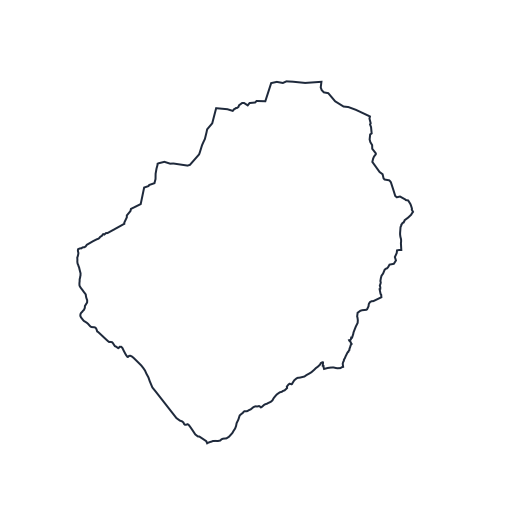 Baia De Aries, Alba, Romania, rotated 232°
{"feature_id": "2599482B67435785044540", "entity_name": "Baia De Aries", "entity_type": "district", "adm_level": 2, "iso_a3": "ROU", "parent_name": "Romania", "parent_adm1": "Alba", "projection": "robinson", "projection_center": [23.287, 46.379], "detail": "fine", "context": "isolated", "style": "outline", "palette": "slate", "viewbox_px": 512, "rotation_deg": 232, "n_neighbors": 0, "source": "geoboundaries", "source_scale": "gbopen_adm2", "svg_char_len": 5688}
<svg xmlns="http://www.w3.org/2000/svg" viewBox="0 0 512 512"><g transform="rotate(232 256 256)"><path d="M353.0,414.8L362.1,401.3L370.7,392.3L374.9,387.5L375.8,383.7L380.4,379.6L382.9,374.4L372.2,358.6L377.8,351.9L377.5,349.8L380.5,345.1L379.8,342.2L383.9,340.8L385.1,339.3L385.2,335.4L384.3,334.0L384.3,332.4L385.0,331.1L384.8,330.5L385.2,329.5L384.7,327.0L389.3,323.8L397.0,315.6L395.4,313.5L387.5,303.2L385.9,295.5L383.8,293.0L379.7,287.8L378.2,284.8L376.6,281.8L376.4,281.5L372.1,275.3L371.1,273.7L368.5,260.0L369.4,257.7L379.7,247.9L381.6,245.2L386.6,241.8L389.0,236.4L389.3,235.3L388.2,234.2L386.2,231.5L382.7,227.6L378.5,224.2L375.9,220.8L377.7,215.6L377.3,214.3L378.8,210.0L367.9,197.1L370.1,186.5L368.7,184.7L367.5,179.2L366.0,178.0L363.4,172.8L362.4,172.0L362.6,171.3L362.7,170.6L363.2,167.3L365.5,153.1L366.4,151.9L366.3,149.7L366.8,149.5L367.3,149.1L367.2,148.2L366.8,147.3L366.9,146.0L367.0,145.0L366.7,143.9L366.6,142.6L367.2,140.8L368.0,136.7L368.8,130.9L369.0,129.6L368.4,127.6L368.5,126.8L368.6,126.1L368.9,125.7L369.4,124.9L369.6,124.0L369.5,123.2L370.3,122.1L370.6,121.1L370.9,120.1L370.8,119.9L370.2,119.2L369.1,118.5L367.7,117.9L367.3,117.5L366.5,116.6L365.4,115.2L364.8,114.2L363.8,113.5L362.8,112.8L361.8,111.9L360.4,111.0L359.5,110.6L358.5,110.4L356.9,109.8L356.0,109.6L355.4,109.3L354.1,108.7L352.5,108.0L351.6,107.6L350.4,107.1L348.6,105.6L348.1,104.9L347.2,104.0L346.7,103.3L346.2,102.7L344.5,101.3L343.4,100.2L342.1,99.2L341.8,99.0L341.3,98.7L340.5,98.5L339.7,98.4L338.6,98.3L337.1,98.3L335.8,98.3L333.9,98.2L332.9,98.2L332.0,98.2L331.1,98.2L330.4,98.1L329.8,97.7L329.2,97.4L328.5,97.0L327.4,96.5L325.9,96.0L325.2,95.8L324.8,95.5L324.3,95.1L323.7,94.6L323.3,94.2L323.1,93.7L322.9,92.9L322.5,92.1L322.3,91.4L322.1,90.7L321.7,90.2L321.1,89.7L320.5,89.1L320.0,88.3L319.9,88.0L319.7,87.6L319.5,87.3L319.4,86.7L319.4,86.3L319.3,85.6L319.1,85.1L319.0,84.7L319.0,84.1L318.9,83.5L318.8,83.0L318.5,82.3L318.3,82.0L318.0,81.6L317.6,81.3L317.0,80.7L316.2,80.5L315.4,80.3L314.5,80.3L313.0,80.3L311.7,80.3L310.7,80.4L309.7,80.8L308.9,81.1L307.4,81.6L305.9,81.9L304.0,82.0L302.6,82.1L301.7,82.4L300.9,83.0L300.3,83.7L299.4,84.7L298.7,85.2L297.9,85.4L296.9,85.3L295.9,85.0L294.3,84.4L293.3,84.8L291.5,85.1L285.7,86.0L280.2,86.9L278.7,87.3L277.8,88.5L276.7,89.5L275.5,89.6L273.3,89.4L271.8,89.3L270.8,89.9L268.2,90.7L268.1,91.6L268.4,92.6L267.4,93.9L265.8,94.1L262.6,93.4L259.2,92.8L257.6,92.6L255.6,92.6L255.3,92.9L255.4,94.6L254.8,95.5L253.3,96.3L251.2,96.8L247.5,97.3L243.6,97.8L240.4,98.2L236.9,98.2L234.0,98.0L230.8,97.2L226.6,96.5L222.8,95.2L216.2,93.4L210.4,93.5L177.3,93.5L173.1,94.7L171.3,95.9L169.5,96.3L168.0,95.9L166.8,96.1L166.1,97.0L165.5,98.6L164.0,99.0L160.9,98.9L157.8,98.7L155.3,98.5L152.8,98.3L149.6,99.1L148.6,100.2L144.7,101.5L140.7,102.8L138.5,102.2L138.4,103.1L137.9,104.7L137.6,105.6L137.1,106.7L136.8,108.0L135.6,109.7L133.6,112.2L132.6,114.2L132.8,116.0L132.3,117.6L130.5,120.4L130.2,123.4L130.8,126.9L131.1,128.5L132.0,130.6L132.9,133.3L134.3,135.6L136.2,137.8L136.9,139.2L137.6,140.7L138.1,141.6L139.4,143.5L140.4,145.0L140.5,146.5L140.5,149.2L140.8,150.2L140.8,151.3L139.8,152.5L139.1,153.7L138.9,155.5L138.4,157.4L138.5,160.8L138.2,162.1L137.7,163.3L136.9,164.0L136.3,165.0L135.9,166.0L135.1,166.4L133.7,166.6L133.6,166.9L133.5,167.8L133.6,169.3L133.7,170.6L133.5,172.0L132.8,173.8L132.7,174.9L132.4,176.1L132.0,177.9L132.1,180.1L132.7,181.4L133.2,182.7L133.9,185.9L134.1,187.3L134.0,189.6L133.9,190.9L133.1,192.7L133.1,194.0L132.5,195.8L132.6,196.9L132.8,199.2L133.3,199.5L134.1,199.9L134.7,202.4L134.7,203.8L133.0,205.1L133.0,205.8L133.4,206.5L133.8,207.6L134.5,209.6L134.6,212.3L134.4,213.7L133.1,215.8L131.2,220.0L131.1,222.5L130.6,225.5L130.3,228.1L130.5,231.8L130.8,234.1L130.7,236.6L131.0,239.6L131.7,241.1L131.4,242.9L130.9,243.3L130.2,242.7L128.4,241.0L127.7,241.5L127.0,240.9L125.1,240.1L123.6,243.6L121.9,246.5L120.4,248.5L118.4,250.1L117.3,251.2L115.7,253.5L115.5,255.2L115.0,256.4L117.7,258.0L118.4,258.9L118.8,259.5L119.4,260.8L120.1,261.4L120.5,262.3L120.6,262.8L121.4,264.2L122.0,265.3L122.4,266.2L123.3,268.0L123.8,269.3L123.6,269.7L124.3,270.9L124.4,271.7L124.9,272.1L125.6,272.9L125.9,273.6L127.5,275.8L127.8,277.2L129.2,277.2L129.5,277.5L130.4,277.6L131.7,277.4L132.0,277.4L132.3,277.5L131.8,278.4L131.8,279.3L133.1,280.8L132.5,281.4L134.6,284.5L135.8,285.9L137.6,288.9L139.0,291.3L139.9,293.2L140.7,294.9L142.7,296.7L144.9,298.0L146.1,298.5L148.7,301.1L148.6,304.5L147.9,306.3L145.7,309.8L145.6,310.7L147.1,313.7L148.4,315.0L148.9,315.7L149.5,317.5L149.2,319.2L148.2,320.7L146.3,329.4L148.4,330.8L149.4,330.8L153.8,333.0L153.6,333.7L154.8,334.7L156.5,335.4L157.1,336.4L158.1,337.8L158.7,338.2L159.7,338.6L161.7,340.8L163.2,342.8L163.9,345.3L166.0,349.0L166.0,350.6L165.6,351.7L165.9,353.3L167.0,355.9L165.0,359.8L166.3,363.5L169.7,364.8L170.6,366.6L171.7,368.7L173.6,370.6L172.6,372.5L171.3,374.2L176.9,378.1L177.7,378.9L178.5,379.6L179.9,380.6L182.2,381.6L184.1,382.7L185.4,383.7L189.8,387.7L190.2,388.5L190.5,389.2L191.3,389.9L191.5,391.2L191.8,391.7L191.5,393.1L192.0,393.6L192.1,394.3L192.7,395.2L192.6,399.5L193.0,403.8L193.5,404.8L194.1,406.9L196.6,407.3L197.4,408.1L200.6,409.3L202.1,409.7L206.1,410.1L207.8,408.5L208.7,408.4L214.2,406.1L215.6,403.1L217.6,402.7L223.7,405.0L231.1,407.7L232.8,407.7L233.7,407.5L237.1,404.4L238.6,404.3L242.5,406.1L246.1,405.1L258.5,405.6L260.6,408.2L261.7,410.2L262.4,413.0L263.1,413.6L268.9,413.6L271.9,415.8L275.3,416.2L277.9,417.3L281.5,420.8L281.4,422.6L286.7,426.0L289.5,426.9L290.0,428.1L294.4,430.0L295.8,431.7L309.7,424.7L316.5,420.5L319.9,417.0L329.2,413.6L339.8,413.2L343.2,410.2L346.3,409.9L349.0,410.8L353.0,414.8Z" fill="none" stroke="#1e293b" stroke-width="2"/></g></svg>